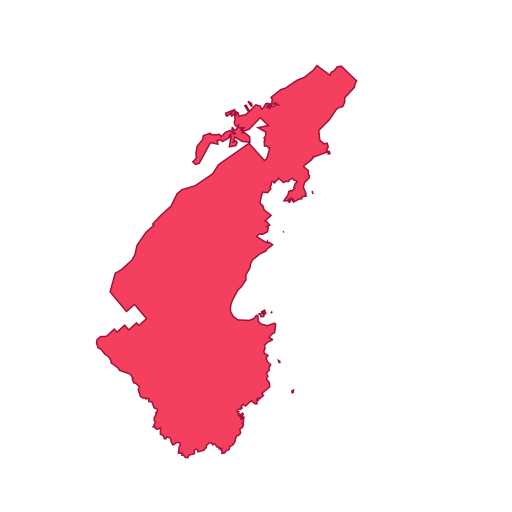 Cook, Queensland, Australia (Natural Earth projection), rotated 44°
{"feature_id": "25037944B35622910690770", "entity_name": "Cook", "entity_type": "district", "adm_level": 2, "iso_a3": "AUS", "parent_name": "Australia", "parent_adm1": "Queensland", "projection": "natural_earth1", "projection_center": [143.95, -13.681], "detail": "fine", "context": "isolated", "style": "filled", "palette": "rose", "viewbox_px": 512, "rotation_deg": 44, "n_neighbors": 0, "source": "geoboundaries", "source_scale": "gbopen_adm2", "svg_char_len": 6159}
<svg xmlns="http://www.w3.org/2000/svg" viewBox="0 0 512 512"><g transform="rotate(44 256 256)"><path d="M168.5,174.6L161.9,175.2L160.7,177.0L160.0,176.0L157.8,176.0L156.8,174.1L154.8,175.2L158.2,172.1L158.4,174.8L160.2,175.0L163.0,169.6L163.0,153.6L174.2,153.5L168.3,162.3L176.9,160.1L179.4,162.8L179.9,165.7L181.8,166.0L181.9,167.5L185.8,171.1L188.1,168.8L189.7,169.6L190.8,168.7L196.0,178.2L195.8,181.5L172.7,179.8L165.6,216.3L167.7,227.2L163.4,247.8L156.7,259.7L156.0,266.1L160.2,279.1L159.3,293.3L159.5,304.8L161.2,304.9L160.4,315.6L163.0,330.9L168.0,339.2L169.6,345.2L168.7,359.5L166.7,366.1L175.9,383.1L201.4,385.9L202.2,375.2L220.8,377.1L220.0,387.4L216.5,387.1L215.8,397.6L209.5,397.0L208.9,407.3L204.8,407.0L204.3,417.7L200.2,421.9L199.7,426.5L202.1,429.7L206.5,431.8L209.1,430.7L215.4,431.6L219.5,430.8L224.5,432.0L225.9,433.5L234.7,432.3L237.1,433.1L247.5,428.4L252.4,429.3L252.2,430.3L256.1,432.2L258.0,431.1L262.9,430.9L264.1,433.9L270.4,437.3L273.2,436.8L275.0,434.9L276.2,435.3L277.6,433.0L280.1,435.2L282.3,433.2L288.1,436.0L291.5,434.8L292.7,435.6L292.9,438.6L293.9,438.8L295.4,443.4L296.9,445.0L299.0,445.3L300.8,450.4L302.6,448.9L303.6,449.9L305.2,449.4L306.8,446.1L311.2,450.8L313.4,449.5L317.1,451.1L318.1,450.1L317.4,447.9L321.2,446.4L324.0,448.6L327.6,449.6L328.6,445.0L330.0,443.6L332.8,444.4L333.4,446.7L337.1,451.8L340.0,449.1L340.8,450.8L342.4,449.7L345.1,450.0L347.1,448.4L346.1,445.7L348.9,441.4L348.6,440.1L346.8,439.2L346.8,437.0L348.2,436.0L350.4,437.2L353.3,432.0L353.3,428.5L352.0,427.0L352.2,422.8L354.1,421.3L356.1,421.9L356.4,420.2L357.6,419.7L360.2,420.5L362.9,419.2L363.5,420.4L365.2,418.2L365.6,419.9L367.4,420.0L368.5,421.7L370.2,419.6L369.8,417.4L371.1,413.8L369.5,411.2L370.5,408.2L370.1,404.8L367.1,399.5L368.2,395.7L367.8,393.9L364.6,391.8L365.3,388.5L364.0,385.9L363.6,385.6L362.9,386.2L361.9,386.0L362.7,385.9L362.5,384.6L361.0,382.5L358.7,382.7L358.4,383.7L357.3,382.5L353.9,382.8L354.0,381.7L357.1,381.8L356.9,378.7L355.4,378.5L355.2,381.0L352.7,381.3L351.6,381.2L351.7,380.1L350.4,381.0L349.6,379.4L350.2,377.2L351.3,377.3L351.5,375.0L350.1,375.2L349.6,371.8L352.7,371.2L353.1,362.4L353.2,363.4L355.7,363.3L358.4,362.8L359.4,361.4L357.8,360.8L357.8,358.2L356.3,359.0L356.2,356.4L357.7,356.5L358.3,351.1L355.7,350.8L356.7,340.5L353.4,337.8L349.3,337.3L348.0,335.6L348.2,334.4L344.9,333.0L344.7,328.7L343.0,327.6L342.1,324.0L337.7,324.1L334.2,322.5L333.7,319.1L330.0,320.2L328.0,319.4L326.9,316.5L324.0,314.0L324.3,309.8L326.0,305.4L325.6,304.6L322.1,305.6L321.6,301.7L322.6,298.2L317.6,291.4L316.1,291.3L312.6,298.2L306.5,301.6L302.9,301.2L298.9,297.7L297.6,298.3L297.8,302.8L295.9,307.0L287.4,314.5L281.7,315.3L276.7,313.8L274.6,312.0L271.9,308.8L269.5,303.5L266.7,293.5L266.8,288.5L265.4,280.3L261.9,276.6L259.9,268.9L257.2,264.8L256.2,261.3L257.4,251.3L259.6,245.9L259.1,242.7L260.2,236.4L256.4,236.9L255.4,238.4L253.9,237.3L254.1,239.2L242.8,241.6L243.0,238.1L245.8,235.6L247.4,230.7L245.1,226.9L243.0,227.3L244.5,224.3L239.1,223.8L238.0,224.5L238.7,216.3L229.8,217.2L226.6,215.3L221.8,215.0L216.3,205.7L220.4,202.3L219.9,197.3L217.8,196.1L217.8,194.4L215.7,192.1L216.5,190.6L218.3,190.8L218.8,189.7L218.0,188.9L218.7,186.2L218.1,184.3L224.7,184.1L225.6,181.6L227.7,179.9L227.3,177.9L228.4,174.5L230.1,175.2L233.1,173.8L234.0,174.9L234.6,173.5L233.8,176.6L235.6,180.3L236.9,180.4L236.3,185.0L235.4,185.0L234.7,186.9L236.6,189.9L237.7,196.9L240.6,194.1L242.6,194.3L242.6,193.1L241.4,191.4L241.3,189.8L243.7,191.1L243.5,189.4L245.6,191.0L247.3,185.4L249.1,183.0L248.1,182.8L248.1,181.5L250.4,178.0L249.1,178.2L248.9,176.6L242.0,173.4L239.9,169.4L240.0,162.9L238.4,160.9L237.3,161.1L234.2,158.3L228.2,158.6L227.8,157.8L229.0,149.2L228.9,145.9L227.8,144.8L229.2,143.9L234.5,132.6L236.4,131.4L237.2,132.4L238.1,130.9L236.2,129.9L233.4,131.3L232.1,127.3L228.9,125.4L227.0,128.0L221.3,128.3L213.9,122.0L214.1,106.7L212.0,95.0L212.4,91.9L214.6,88.1L212.9,83.6L209.9,80.6L209.6,66.3L207.6,63.4L206.9,60.2L185.4,60.2L183.1,63.4L183.5,69.0L182.5,71.4L183.6,74.6L167.5,76.7L168.2,82.6L166.6,94.1L163.5,100.7L160.5,115.2L158.3,118.8L156.7,130.3L156.8,131.6L158.6,131.8L160.5,134.2L161.1,136.1L160.0,137.9L160.9,138.8L161.9,138.7L163.2,132.2L166.9,132.0L164.4,133.8L164.8,136.2L163.0,137.8L163.3,141.4L161.8,139.1L160.8,140.0L160.7,142.6L159.5,137.5L158.4,138.0L157.2,139.5L158.4,144.4L158.0,146.4L155.0,145.2L150.9,147.4L150.8,156.5L144.1,154.4L143.5,155.7L150.7,157.5L150.5,161.2L146.5,167.3L143.6,165.4L140.6,166.4L139.0,165.5L134.9,174.4L137.1,175.8L138.2,175.4L138.8,166.9L139.3,171.8L141.4,172.2L141.6,169.5L143.9,168.2L142.9,169.7L146.1,172.2L147.7,175.2L150.3,176.5L152.5,176.2L152.5,174.1L153.9,175.8L153.6,179.9L151.4,181.2L152.8,182.2L151.9,183.8L150.4,183.4L148.2,187.8L148.0,194.2L145.1,193.9L142.4,197.4L138.6,200.2L137.8,199.5L134.5,206.0L136.7,209.1L137.4,217.8L141.3,223.7L145.2,227.2L145.1,232.2L148.9,232.2L150.7,228.6L144.5,206.1L150.9,202.0L148.1,199.9L149.7,197.0L152.4,197.0L155.1,187.5L161.0,195.9L164.8,190.7L163.6,187.4L161.4,187.1L160.5,189.8L158.2,185.1L166.4,183.2L172.6,178.3L168.5,174.6ZM242.3,193.0L240.3,192.6L241.1,191.9L240.3,190.2L242.3,193.0ZM153.9,189.1L153.1,187.5L152.9,185.3L153.7,186.5L153.9,189.1ZM140.9,167.9L141.7,167.9L141.4,166.9L142.7,166.7L143.8,167.4L142.5,167.1L141.8,168.0L140.9,167.9ZM154.2,183.6L153.3,183.3L153.1,182.3L153.8,182.3L154.2,183.6ZM156.1,182.2L155.6,183.2L155.2,182.2L156.1,182.2ZM302.5,290.8L299.9,292.7L303.1,293.5L302.5,290.8ZM142.7,150.3L148.1,151.6L148.8,150.7L146.5,149.4L142.7,150.3ZM375.5,328.0L377.1,329.3L377.5,328.2L376.1,326.4L375.5,328.0ZM302.1,290.1L299.8,288.9L298.5,292.7L300.7,290.3L302.1,290.1ZM358.4,381.1L357.1,380.1L357.3,381.8L360.2,382.0L359.4,380.3L358.4,381.1ZM150.9,181.7L151.9,180.5L151.2,180.0L151.7,179.8L149.8,180.2L150.9,181.7ZM344.7,315.6L346.5,316.6L347.1,316.0L346.3,315.2L344.7,315.6ZM301.5,296.2L302.7,295.1L300.7,295.3L301.5,296.2ZM306.1,285.5L306.4,286.7L306.6,285.6L306.4,285.4L306.1,285.5ZM298.0,296.1L299.8,294.9L299.7,294.2L299.3,294.2L298.0,296.1ZM258.8,220.2L259.2,218.9L258.8,220.2ZM254.1,171.7L252.6,171.2L251.3,170.0L252.5,171.2L254.1,171.7Z" fill="#f43f5e" stroke="#9f1239" stroke-width="1.5"/></g></svg>